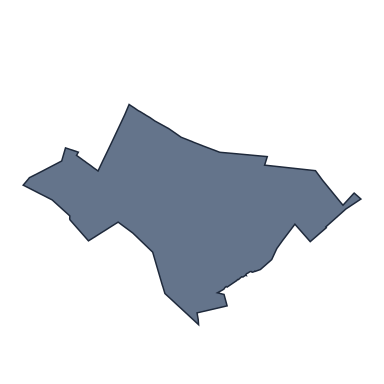 San Nicolás, Tamaulipas, Mexico (Albers equal-area conic projection), rotated 131°
{"feature_id": "50627088B43321963844579", "entity_name": "San Nicolás", "entity_type": "district", "adm_level": 2, "iso_a3": "MEX", "parent_name": "Mexico", "parent_adm1": "Tamaulipas", "projection": "albers", "projection_center": [-98.76, 24.622], "detail": "fine", "context": "isolated", "style": "filled", "palette": "slate", "viewbox_px": 384, "rotation_deg": 131, "n_neighbors": 0, "source": "geoboundaries", "source_scale": "gbopen_adm2", "svg_char_len": 1418}
<svg xmlns="http://www.w3.org/2000/svg" viewBox="0 0 384 384"><g transform="rotate(131 192 192)"><path d="M86.4,68.9L86.8,69.0L102.9,69.4L102.3,73.2L97.5,101.2L94.9,112.8L123.8,154.4L124.1,154.8L115.9,158.4L134.6,184.4L143.8,197.1L150.0,213.9L153.5,223.7L153.6,224.2L157.8,236.1L159.4,250.9L162.8,266.8L163.4,272.6L164.1,276.2L165.3,283.6L165.9,286.1L166.0,286.9L166.3,290.1L166.5,291.7L166.9,294.3L167.2,296.9L177.6,293.5L206.3,285.4L211.0,284.1L219.0,281.9L226.8,279.8L237.8,276.7L238.0,279.2L238.3,282.0L238.4,283.4L238.5,285.4L238.7,287.6L239.1,291.3L239.1,292.3L239.2,293.3L239.4,294.9L239.5,296.4L240.1,303.2L236.5,303.9L241.7,316.4L254.1,310.7L274.5,318.7L282.4,321.9L287.8,324.1L288.3,324.1L289.7,324.0L289.9,324.0L297.6,323.9L289.7,292.3L289.8,288.4L290.2,268.5L292.6,266.6L293.1,265.6L296.8,238.1L293.6,237.1L263.2,228.0L261.8,209.7L263.2,182.2L281.7,153.4L282.1,152.7L282.3,152.3L286.4,145.8L287.8,100.0L284.3,103.5L279.9,108.9L254.9,90.8L248.3,100.6L251.4,106.7L249.5,106.0L246.6,104.9L244.3,104.2L242.5,104.5L240.9,104.2L240.7,103.1L229.3,100.1L228.2,100.2L227.7,99.5L223.4,98.9L222.8,97.8L219.8,97.0L219.4,96.2L218.9,97.2L217.6,97.2L216.8,96.7L214.1,96.0L213.1,95.1L213.1,94.0L211.6,92.9L210.5,92.7L210.4,92.2L205.6,89.5L190.7,87.5L179.0,90.9L169.6,91.8L148.8,93.2L151.9,70.2L141.2,68.7L130.8,67.2L130.6,68.1L103.8,64.7L86.5,59.9L86.4,68.9Z" fill="#64748b" stroke="#1e293b" stroke-width="1.5"/></g></svg>